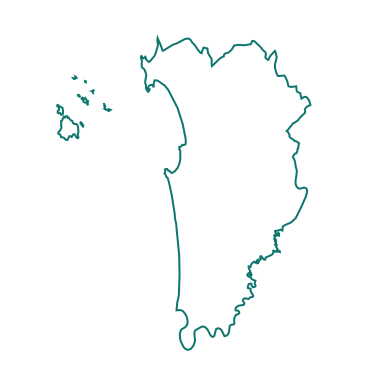 outline of Tinh Gia, Thanh Hóa, Vietnam, rotated 174°
{"feature_id": "81297802B97652803071493", "entity_name": "Tinh Gia", "entity_type": "district", "adm_level": 2, "iso_a3": "VNM", "parent_name": "Vietnam", "parent_adm1": "Thanh Hóa", "projection": "robinson", "projection_center": [105.829, 19.452], "detail": "fine", "context": "isolated", "style": "outline", "palette": "teal", "viewbox_px": 384, "rotation_deg": 174, "n_neighbors": 0, "source": "geoboundaries", "source_scale": "gbopen_adm2", "svg_char_len": 6019}
<svg xmlns="http://www.w3.org/2000/svg" viewBox="0 0 384 384"><g transform="rotate(174 192 192)"><path d="M210.1,348.6L210.6,346.5L210.5,341.5L213.4,334.3L214.9,331.5L219.8,326.7L221.5,325.9L224.0,329.1L224.0,330.5L224.3,331.4L226.1,330.1L227.1,330.0L227.8,332.3L228.2,332.5L228.8,331.3L228.1,327.7L228.9,323.0L228.6,321.0L226.5,318.8L225.3,314.2L225.4,312.1L226.8,307.8L227.1,304.9L226.6,303.0L226.9,299.8L225.5,296.5L224.9,296.3L223.7,297.7L223.6,298.8L224.9,298.7L225.2,299.9L223.4,302.3L221.4,302.9L220.1,302.5L219.5,300.9L219.0,300.9L218.9,303.2L217.6,306.9L215.5,306.7L213.7,305.7L207.9,300.6L204.8,295.7L197.6,277.1L194.2,260.8L192.8,246.4L193.0,241.5L193.6,240.0L195.5,239.6L196.6,240.0L197.7,238.7L199.9,238.0L199.5,237.5L200.3,235.6L199.5,234.8L199.4,233.7L200.1,226.7L201.3,222.1L203.6,217.7L206.9,214.4L210.0,213.0L211.6,214.2L212.2,215.4L213.3,215.6L214.2,217.4L216.0,217.6L216.5,217.2L216.4,215.6L217.4,213.2L216.5,212.3L216.1,210.0L214.7,208.5L213.7,202.6L212.4,190.1L211.5,172.4L211.7,167.5L211.1,162.2L211.4,130.0L213.1,110.4L215.9,90.5L218.2,83.6L219.8,75.9L216.7,75.9L214.6,75.3L213.3,74.3L211.0,70.4L210.1,67.4L209.9,63.3L210.6,60.7L211.8,59.3L213.0,58.2L216.8,56.5L217.7,55.3L218.9,52.4L219.2,47.7L218.7,44.4L216.6,38.7L214.6,36.4L212.7,35.4L209.3,36.2L206.3,39.6L204.5,43.7L204.4,51.1L204.1,52.7L203.2,54.1L196.6,57.0L194.8,57.0L193.1,56.2L192.3,55.4L190.6,52.9L188.9,48.2L187.2,45.9L186.1,45.8L184.9,46.5L182.5,52.9L180.6,53.8L178.5,53.1L177.1,51.5L174.8,45.3L173.1,45.4L171.8,46.1L170.6,47.3L169.7,49.4L168.4,55.1L166.8,55.8L164.1,56.0L163.5,57.2L163.5,60.4L162.7,63.0L161.1,65.1L158.2,66.0L157.6,66.7L157.7,68.0L158.5,69.1L160.8,69.6L161.1,70.0L161.0,71.2L159.9,72.8L157.9,74.0L152.2,74.4L151.5,76.0L152.6,78.0L152.7,79.3L151.4,80.6L149.9,80.7L147.1,79.7L144.9,81.2L142.7,81.3L142.0,81.9L142.0,82.7L144.1,87.3L143.7,89.3L144.5,90.0L146.4,90.6L146.5,91.9L145.2,94.4L143.4,94.9L142.5,94.5L142.5,92.6L141.6,91.2L140.5,90.8L139.1,91.3L138.6,92.0L139.2,94.8L138.2,97.1L141.4,98.8L142.7,101.0L144.9,102.2L145.7,103.4L145.3,104.5L144.0,105.6L143.3,105.1L143.2,103.7L142.7,102.9L141.8,102.8L141.4,103.3L143.5,110.6L143.4,112.1L141.6,111.4L140.9,113.4L139.5,115.1L137.3,116.2L136.4,115.0L136.0,114.9L134.5,117.2L133.9,117.5L134.7,114.8L134.4,114.2L133.7,114.4L132.6,116.4L130.6,118.1L131.1,119.9L130.5,121.0L129.8,120.8L127.9,117.7L126.6,117.0L126.1,117.4L125.9,118.6L125.2,119.2L119.2,121.2L117.2,123.2L117.5,124.8L117.2,125.2L114.3,123.7L112.7,124.0L110.9,123.1L110.8,123.9L113.6,125.5L113.0,126.5L114.1,128.5L113.3,130.3L114.7,130.6L115.0,131.2L114.1,131.7L113.7,132.3L113.6,134.5L114.6,134.2L114.8,134.6L113.7,135.6L113.7,136.2L114.0,136.6L114.7,136.2L115.1,136.5L114.5,138.0L114.7,140.3L114.1,140.4L113.1,139.5L111.6,140.1L110.0,139.5L109.7,141.7L110.7,142.3L112.5,141.2L113.1,142.4L113.4,144.6L109.5,144.7L108.1,145.4L106.1,144.2L105.3,148.2L103.2,149.3L96.6,151.4L91.6,155.2L85.8,164.2L79.3,175.4L77.7,179.6L77.4,181.6L77.7,183.2L78.7,184.1L80.0,184.7L84.3,184.0L85.6,184.5L86.9,185.6L87.9,187.7L88.1,190.5L87.7,193.0L86.5,197.2L85.5,202.3L86.2,206.6L86.4,211.5L87.0,214.1L87.9,215.7L87.9,216.4L86.8,218.2L85.3,219.6L84.2,219.6L83.5,220.7L82.7,222.4L82.6,223.8L81.7,224.6L81.4,226.6L80.4,229.2L82.4,231.2L84.8,232.1L85.3,233.1L88.7,235.9L89.3,236.9L89.0,238.3L90.2,241.5L91.5,242.8L90.1,243.8L84.0,250.0L83.2,250.0L79.4,252.0L76.9,254.6L71.3,259.0L71.0,260.6L71.2,262.5L69.7,264.1L68.5,265.0L65.1,266.1L65.9,270.8L67.8,274.0L69.1,274.8L70.5,274.8L73.4,273.4L74.0,279.0L76.7,280.5L77.3,281.3L77.3,286.2L82.4,286.1L85.0,287.0L85.7,292.5L87.7,297.8L88.0,298.2L94.1,298.3L94.7,298.6L95.8,302.2L96.5,307.0L96.1,310.4L93.7,316.9L94.2,321.9L94.8,323.6L99.1,319.9L100.8,318.0L102.0,315.6L102.6,315.4L103.7,316.3L105.0,318.2L104.0,321.8L104.4,323.4L106.4,325.4L108.5,328.8L114.1,335.4L116.3,335.9L118.1,332.8L125.0,332.5L130.1,333.5L134.8,333.3L137.6,329.5L139.9,327.6L141.5,326.8L144.9,326.1L145.8,325.2L146.3,323.4L148.5,322.9L151.3,321.1L159.0,315.1L159.2,316.9L158.5,322.0L161.5,328.3L161.7,333.1L165.3,334.4L166.8,331.9L167.9,329.0L169.1,329.6L171.3,332.9L174.1,338.1L175.9,340.2L177.4,343.2L178.6,344.6L180.5,345.1L182.9,344.9L191.0,341.6L196.0,340.3L206.1,335.4L206.6,336.1L207.8,341.4L210.1,348.6ZM316.2,260.5L313.5,259.1L312.4,257.4L310.6,256.6L308.1,260.3L307.0,260.2L305.9,259.3L304.1,261.7L302.8,261.7L300.8,257.8L299.7,257.5L299.3,258.2L299.6,261.7L298.8,262.9L298.5,267.2L298.9,270.8L300.6,271.9L301.9,272.0L303.0,272.8L303.8,275.3L305.3,276.2L306.9,278.8L307.7,278.7L308.0,280.2L308.5,280.0L309.8,280.5L310.2,279.5L310.7,279.4L311.6,280.2L311.8,279.2L312.9,278.6L313.7,276.5L314.9,276.2L314.8,273.2L315.4,272.0L315.0,270.7L315.3,269.1L317.1,266.5L318.6,265.6L318.9,264.5L318.7,263.6L317.0,262.9L316.3,259.4L316.2,260.5ZM314.7,284.3L313.9,282.4L312.8,282.8L312.1,283.6L311.8,286.1L312.0,289.2L315.0,291.3L315.8,291.5L315.9,292.3L316.5,292.7L316.9,292.4L317.0,291.4L316.3,291.1L315.4,288.3L316.2,286.9L317.0,286.7L317.3,284.9L316.4,284.1L314.7,284.3ZM288.2,292.2L286.7,289.8L286.4,289.9L286.4,292.3L285.8,293.0L286.0,293.5L287.0,294.0L288.1,296.2L288.3,295.7L288.7,295.7L291.0,297.3L291.5,297.3L292.1,296.4L290.5,294.6L290.7,294.2L290.3,293.1L289.7,292.5L288.2,292.2ZM295.7,271.7L293.6,268.5L293.1,269.5L294.2,270.1L293.9,270.9L294.3,272.0L295.4,273.0L295.7,272.8L295.5,272.2L295.7,271.7ZM266.9,281.8L266.6,281.3L266.1,281.3L264.4,282.2L266.3,283.1L266.9,281.8ZM270.3,288.8L270.0,287.3L270.3,286.3L270.0,285.1L269.7,285.0L269.4,286.3L270.1,288.8L270.3,288.8ZM294.0,299.3L293.8,298.7L293.5,298.9L294.4,300.4L295.2,300.5L295.0,299.3L294.0,299.3ZM297.8,316.9L296.7,316.7L295.9,317.4L296.2,317.8L296.5,317.3L298.3,317.7L297.8,316.9ZM286.8,313.6L286.9,312.8L286.1,312.3L286.1,313.3L286.8,313.6ZM295.8,318.8L295.5,317.7L294.9,317.5L294.9,318.1L295.8,318.8ZM280.6,303.1L279.5,302.9L279.2,303.1L279.6,303.5L280.6,303.1ZM280.7,302.4L280.3,301.2L280.2,301.1L280.3,302.4L280.7,302.4ZM269.4,283.1L269.0,282.8L268.3,282.7L268.4,283.0L269.4,283.1Z" fill="none" stroke="#0f766e" stroke-width="2"/></g></svg>